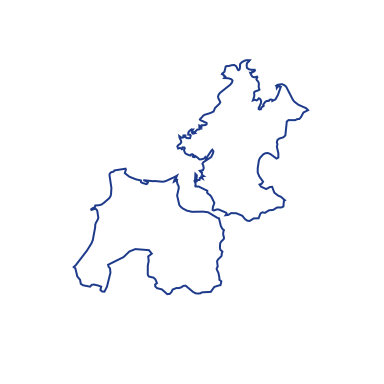 map outline of Dytiki Ellada (Equal Earth projection), rotated 64°
{"feature_id": "GRC-2886", "entity_name": "Dytiki Ellada", "entity_type": "Region", "adm_level": 1, "iso_a3": "GRC", "parent_name": "Greece", "parent_adm1": "", "projection": "equal_earth", "projection_center": [21.414, 38.264], "detail": "fine", "context": "isolated", "style": "outline", "palette": "blue", "viewbox_px": 384, "rotation_deg": 64, "n_neighbors": 0, "source": "natural_earth", "source_scale": "10m", "svg_char_len": 6039}
<svg xmlns="http://www.w3.org/2000/svg" viewBox="0 0 384 384"><g transform="rotate(64 192 192)"><path d="M207.6,331.2L206.8,328.5L198.6,312.1L194.1,304.9L191.8,302.3L181.4,294.6L179.0,293.3L177.6,291.9L175.3,288.6L174.1,287.5L167.0,285.3L164.7,286.0L164.0,290.2L163.3,290.2L163.0,288.7L163.1,287.2L162.8,285.8L161.7,284.8L163.1,281.5L163.6,278.9L163.2,276.3L161.3,269.1L160.0,267.0L158.4,265.7L153.1,262.7L140.5,258.7L139.4,257.8L138.8,255.9L139.3,253.5L138.6,252.3L141.9,241.5L142.7,241.5L145.6,244.1L150.8,241.6L156.1,236.8L159.2,232.9L160.8,233.5L162.3,232.5L163.6,230.9L164.9,229.7L164.9,228.5L164.4,228.0L164.1,227.5L162.9,228.0L161.7,228.9L160.7,229.8L160.0,230.6L165.4,222.0L165.6,221.0L169.9,213.9L170.4,212.3L170.7,210.3L170.9,200.8L170.7,198.3L172.0,199.8L173.6,202.6L174.8,203.7L174.7,201.8L174.4,200.3L173.9,199.2L174.5,200.2L176.3,201.1L178.4,201.5L180.9,201.5L182.6,202.1L188.6,206.9L198.1,209.1L200.4,208.6L202.8,207.5L206.6,204.7L209.8,200.7L214.6,190.5L217.3,186.4L226.4,180.5L227.5,179.3L235.3,181.0L237.9,180.9L239.0,180.7L240.2,180.0L241.3,181.1L242.8,182.1L244.5,182.8L246.4,183.1L247.9,183.7L248.6,185.1L249.1,186.9L250.0,188.6L251.3,189.7L254.8,191.5L256.1,191.8L257.1,191.6L258.4,190.9L259.0,190.8L260.0,191.9L260.9,192.6L261.8,193.0L262.6,193.8L263.9,197.8L264.8,199.4L265.7,200.0L270.1,201.5L270.5,201.8L270.9,202.6L271.6,203.4L272.6,203.7L276.3,203.7L281.4,205.1L282.9,205.9L285.1,204.8L286.9,206.1L288.2,207.3L287.7,209.2L287.1,213.6L290.0,218.9L286.6,226.9L286.7,229.1L285.9,231.1L284.8,233.0L282.4,234.8L273.4,238.8L272.6,240.9L273.0,243.5L272.6,246.0L271.5,248.0L271.2,252.2L272.9,254.3L273.8,256.6L273.0,259.0L266.3,261.8L263.2,265.5L260.9,266.4L259.0,265.7L258.5,263.4L254.4,263.2L252.1,264.1L249.0,267.9L246.9,268.0L238.8,264.0L235.1,261.2L230.7,259.6L229.8,255.2L225.4,256.2L218.5,267.9L218.0,274.3L220.5,282.1L220.6,299.3L222.7,299.7L224.8,299.2L228.8,300.7L239.8,309.9L243.2,314.4L242.1,316.3L239.9,317.3L237.3,315.1L235.3,316.9L232.2,320.7L231.5,322.8L232.4,325.1L228.1,330.8L225.8,332.2L221.9,331.1L217.6,332.1L209.5,330.3L207.6,331.2ZM227.6,171.9L227.0,170.8L226.4,170.2L225.3,170.6L219.4,175.7L218.5,177.5L218.2,180.5L217.1,181.3L214.7,179.8L211.6,176.7L204.6,176.7L202.6,177.2L200.9,178.2L199.3,178.7L197.6,177.7L190.0,183.6L188.6,186.4L187.9,186.4L186.8,185.4L185.1,185.0L183.5,185.0L182.9,184.8L182.1,183.7L177.2,181.0L179.2,180.4L181.1,181.5L182.9,183.2L184.5,184.3L184.5,183.1L184.0,182.4L183.7,181.9L183.8,181.2L184.5,180.0L183.4,179.1L182.9,178.9L182.9,177.7L183.4,177.5L184.5,176.7L182.2,176.7L182.9,174.5L181.8,175.1L180.8,175.3L179.8,175.2L178.9,174.5L178.2,175.1L177.7,175.4L176.4,175.7L177.2,172.6L175.7,171.0L173.3,170.3L171.1,170.2L170.2,168.7L169.0,159.4L166.5,156.3L165.2,155.2L164.6,154.9L164.1,155.1L162.9,155.2L163.3,156.4L168.2,164.9L166.5,164.9L166.8,165.4L166.9,165.5L167.1,165.6L167.4,165.9L167.0,167.6L166.7,169.3L166.2,170.7L165.4,171.3L164.2,171.6L161.6,173.0L160.8,173.5L161.1,174.2L161.7,174.5L160.8,175.7L159.2,174.6L158.2,175.1L157.9,176.1L158.0,176.7L158.6,177.2L157.7,178.4L155.9,180.0L154.6,180.9L153.8,181.1L151.4,181.0L150.5,180.4L149.6,179.4L148.7,179.3L147.7,181.0L148.3,181.6L149.0,182.0L149.9,182.1L147.9,182.8L147.0,183.7L146.9,185.4L144.6,185.2L143.8,183.6L143.5,181.5L142.8,180.0L141.4,179.4L137.7,179.4L136.2,178.9L137.6,178.2L138.7,177.4L139.1,176.3L138.7,174.5L137.6,175.2L137.1,175.7L138.2,173.2L138.7,172.4L138.4,173.5L139.6,174.1L141.0,173.2L142.0,171.8L142.8,170.2L140.7,168.4L139.8,168.5L138.8,170.2L137.4,169.6L136.4,168.4L135.8,166.8L135.5,164.9L135.9,164.5L136.0,164.5L136.3,163.7L137.4,165.3L138.8,166.0L140.0,165.6L140.4,163.7L138.8,164.9L139.3,162.8L138.2,159.9L138.8,158.4L138.8,157.2L137.6,157.2L136.9,157.0L135.5,156.3L136.6,155.6L137.2,155.3L138.0,155.2L137.5,154.9L136.8,154.2L136.3,154.0L137.4,151.5L137.7,150.2L137.6,149.3L136.5,148.6L135.5,149.2L134.6,150.3L133.5,150.8L133.0,151.4L131.7,152.5L130.4,153.2L129.8,152.5L129.5,151.1L128.4,148.8L128.1,147.1L129.1,140.7L129.1,137.3L126.6,134.5L124.7,128.6L123.7,127.2L119.0,127.2L117.4,126.6L116.0,125.1L115.1,123.1L112.3,110.5L111.1,108.0L109.5,106.7L107.8,107.3L106.0,109.1L104.6,111.4L103.7,113.1L102.9,111.4L102.2,111.7L101.4,112.5L100.5,112.2L99.2,113.4L98.7,112.7L98.5,111.3L98.1,110.1L94.0,106.7L94.0,105.7L94.9,103.7L95.4,100.8L96.4,98.3L98.5,97.1L101.1,97.2L102.5,97.1L103.0,96.6L102.7,95.6L101.7,94.7L100.8,94.1L98.2,92.8L97.2,90.5L97.0,87.6L97.4,85.3L98.9,82.3L99.5,83.5L100.3,86.1L102.2,87.4L104.5,88.2L106.7,87.0L108.4,84.7L109.6,82.1L110.4,82.1L110.8,83.3L110.9,84.2L110.8,84.8L110.4,85.3L110.6,85.5L111.0,85.9L111.0,86.4L110.4,87.4L112.8,87.5L114.8,87.2L116.2,85.9L116.8,83.0L117.6,83.0L118.8,84.7L120.0,84.7L121.4,84.2L123.3,84.2L124.9,84.9L126.0,85.6L127.4,86.2L129.5,86.5L129.8,87.5L129.4,89.7L129.3,91.9L130.3,92.9L131.9,93.3L133.5,94.3L136.4,97.1L136.5,95.7L136.8,94.9L137.3,94.4L138.0,93.8L138.0,92.9L137.1,90.8L138.4,89.9L140.6,90.0L142.5,91.2L145.3,94.6L145.4,95.0L146.1,95.4L146.8,95.7L147.3,95.3L147.8,93.8L146.8,92.9L146.4,92.2L146.1,89.9L145.7,89.7L145.1,89.9L144.6,89.5L143.1,86.7L142.9,85.1L143.8,83.0L143.1,81.8L143.5,80.4L144.4,79.5L145.4,79.9L145.3,76.3L142.4,72.2L136.4,66.1L135.6,67.1L135.1,68.1L135.1,69.1L135.7,70.2L134.0,69.6L133.4,69.8L133.2,68.0L134.5,63.9L136.5,62.1L138.7,61.2L153.5,60.9L155.7,60.4L160.3,58.1L166.7,52.7L169.3,51.8L169.4,57.0L172.5,61.3L173.4,63.6L172.6,65.6L172.7,67.7L169.7,73.7L170.2,75.9L182.1,83.3L182.9,86.0L182.2,90.2L182.7,92.4L184.6,94.0L186.6,94.3L188.5,95.9L195.0,97.4L198.9,99.3L199.0,101.4L192.1,105.0L190.1,106.9L189.3,109.3L189.4,111.5L191.2,116.0L192.9,118.0L199.4,122.5L203.3,124.4L207.5,124.7L213.9,123.6L215.2,125.9L214.9,128.0L217.5,127.6L221.9,124.0L221.7,119.7L222.5,117.7L228.7,118.3L233.3,116.0L235.2,114.2L240.2,112.1L240.4,113.4L245.1,116.2L245.1,118.4L243.2,122.4L243.7,126.8L242.2,130.8L242.7,135.6L241.2,137.5L241.2,139.7L244.8,143.7L242.8,148.1L243.3,152.9L242.1,154.8L239.8,156.2L235.4,157.2L230.5,161.5L228.1,166.2L228.5,169.3L227.6,171.9Z" fill="none" stroke="#1e3a8a" stroke-width="2"/></g></svg>